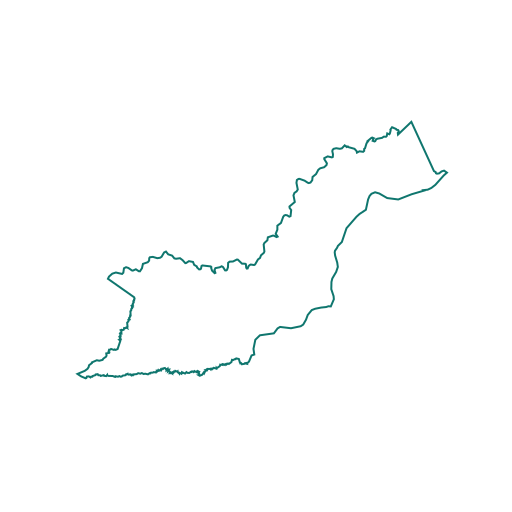 outline of Shushufindi, Sucumbios, Ecuador, rotated 305°
{"feature_id": "8360857B16712310561849", "entity_name": "Shushufindi", "entity_type": "district", "adm_level": 2, "iso_a3": "ECU", "parent_name": "Ecuador", "parent_adm1": "Sucumbios", "projection": "orthographic", "projection_center": [-76.553, -0.288], "detail": "fine", "context": "isolated", "style": "outline", "palette": "teal", "viewbox_px": 512, "rotation_deg": 305, "n_neighbors": 0, "source": "geoboundaries", "source_scale": "gbopen_adm2", "svg_char_len": 6090}
<svg xmlns="http://www.w3.org/2000/svg" viewBox="0 0 512 512"><g transform="rotate(305 256 256)"><path d="M455.0,306.3L436.9,302.7L438.2,301.5L439.8,301.5L440.5,300.8L440.7,300.0L440.0,298.7L440.4,297.8L439.5,293.6L436.6,293.6L436.0,294.3L433.1,295.4L432.2,295.4L431.7,293.2L429.3,294.3L428.3,294.1L427.0,292.2L425.1,291.5L421.7,288.2L420.5,287.5L418.5,287.8L417.8,287.4L417.3,285.5L418.6,285.3L419.0,284.6L420.0,284.9L419.7,283.3L419.0,282.8L414.2,281.5L414.2,282.0L411.7,281.9L406.8,283.5L405.7,283.2L404.2,284.3L402.8,284.0L401.1,280.7L398.6,279.4L399.6,278.3L400.3,275.2L398.2,269.3L398.4,268.6L397.4,267.9L397.8,267.3L397.3,266.7L397.5,265.2L393.4,264.6L391.9,263.2L390.3,259.9L388.3,258.1L387.0,257.9L385.7,258.3L383.5,260.7L381.2,262.1L380.3,261.6L378.7,257.6L375.3,255.8L374.5,256.4L372.6,260.9L370.9,261.6L367.8,260.9L364.7,258.3L362.4,257.6L357.5,258.2L353.2,257.0L350.3,258.6L347.4,258.5L346.0,257.4L345.7,256.3L345.6,252.6L344.2,247.5L343.5,246.6L341.7,245.9L339.1,247.2L334.4,252.1L332.2,252.2L329.8,251.3L327.2,251.9L322.5,256.8L315.8,255.0L314.7,255.9L313.8,258.5L308.5,261.4L307.3,260.7L307.2,258.2L306.5,256.7L305.4,255.9L303.7,255.8L297.4,257.5L293.1,256.1L289.8,258.4L285.5,259.4L284.3,262.6L283.3,262.0L282.9,259.0L282.4,258.1L278.1,255.0L275.4,256.3L271.5,255.4L269.8,255.7L264.5,260.3L263.1,260.6L259.4,259.7L256.7,260.4L254.3,259.6L248.5,260.1L247.5,259.6L246.0,256.6L245.1,256.1L243.6,255.7L241.0,256.3L240.4,255.6L240.8,254.7L243.5,252.4L243.4,251.5L241.7,248.9L242.6,243.2L242.2,242.4L238.3,240.3L236.2,237.6L234.4,237.1L230.7,239.5L228.0,240.2L227.0,239.8L226.5,238.9L228.0,235.4L227.9,233.8L225.9,232.7L222.8,229.7L220.8,230.0L218.9,232.4L218.2,232.0L218.8,228.4L220.5,226.1L221.3,225.8L221.5,224.9L217.5,217.5L216.6,217.1L214.1,218.2L213.3,218.1L212.4,217.1L212.8,214.3L213.5,213.5L213.3,210.4L215.0,207.8L213.3,204.0L210.2,202.8L209.6,202.2L210.5,198.2L210.6,195.0L207.9,192.1L207.2,190.5L208.2,187.1L207.0,183.1L208.0,179.7L206.2,178.7L201.2,179.1L199.5,178.4L197.6,176.4L196.1,172.0L194.1,169.8L193.0,169.8L190.9,171.1L188.8,170.9L184.7,167.9L180.6,169.6L176.9,169.7L176.3,168.8L176.2,165.2L173.4,163.5L173.0,162.7L173.0,158.3L172.3,156.0L170.2,154.9L166.2,156.9L164.5,156.6L162.1,150.7L159.1,148.4L154.8,147.4L152.4,147.8L152.3,179.9L151.3,181.1L150.5,181.0L149.5,181.8L148.6,181.4L147.7,182.5L146.5,182.3L145.6,183.0L144.7,182.8L144.6,183.4L143.9,182.9L143.6,184.2L142.8,183.8L142.1,184.5L141.0,184.2L139.8,185.0L138.7,184.8L135.4,187.4L135.1,187.0L134.0,187.7L132.4,187.6L131.8,188.5L131.1,188.2L131.1,188.8L130.2,188.4L129.2,189.0L127.5,188.7L124.3,191.4L123.5,190.9L123.1,191.6L123.0,190.9L122.0,190.5L121.4,189.3L119.8,189.9L118.6,189.1L118.4,188.1L117.7,187.7L117.6,188.4L115.9,189.8L115.6,189.4L115.3,189.9L114.9,189.1L114.3,189.1L114.1,190.0L112.6,191.1L112.2,190.4L111.6,190.4L111.7,191.4L110.7,191.6L110.4,192.7L109.4,192.2L109.6,192.9L108.8,192.8L108.8,193.5L100.4,196.0L98.6,194.9L98.4,193.8L97.6,193.5L96.7,190.6L95.5,190.2L95.0,189.4L93.2,190.0L93.1,191.1L92.5,191.3L90.3,189.2L88.7,190.7L87.5,190.9L84.3,189.8L82.9,189.9L80.3,187.7L79.3,185.4L74.7,182.6L74.2,183.0L70.7,181.9L69.1,182.6L66.9,182.7L63.7,181.6L57.0,177.4L57.1,181.9L58.1,186.6L58.7,187.0L60.2,186.6L61.5,188.1L61.6,190.1L62.7,190.2L63.3,191.2L64.1,191.1L66.3,192.8L67.0,192.6L68.4,194.1L67.9,195.2L68.9,196.8L68.7,197.6L71.1,199.6L70.7,200.3L71.7,202.2L73.2,202.3L72.8,202.7L73.3,204.2L75.5,207.4L76.0,209.6L76.3,210.1L76.9,209.9L78.0,212.2L79.3,213.0L79.4,214.2L80.2,215.1L81.5,215.4L83.5,217.5L84.6,217.5L84.6,217.8L85.8,218.4L85.5,218.7L85.9,220.0L86.9,220.7L86.7,222.3L87.2,222.3L87.5,223.2L88.0,222.9L88.4,223.8L88.9,223.7L90.8,226.0L92.4,226.7L93.3,228.8L94.6,229.6L94.9,231.7L96.0,232.7L97.1,235.4L98.0,235.6L99.0,236.6L99.3,236.3L100.2,236.9L101.3,238.4L102.2,238.8L103.2,240.8L103.8,240.6L104.3,241.1L105.0,240.6L105.1,241.3L106.2,241.3L105.9,241.8L106.3,241.5L106.8,242.0L106.4,242.4L107.8,243.6L108.2,243.4L108.1,243.9L109.8,243.7L110.0,244.2L110.7,243.5L110.4,244.2L112.0,245.6L111.5,247.3L112.3,247.8L111.7,248.1L112.9,248.3L112.3,248.8L112.6,249.2L112.1,249.1L112.6,249.7L111.9,249.6L112.4,250.1L111.3,250.4L112.0,250.7L111.8,251.6L111.1,252.5L111.3,253.1L110.8,253.0L111.3,253.7L111.7,253.5L111.7,254.2L112.1,253.7L113.2,254.4L113.1,255.3L114.3,255.0L114.6,255.8L115.6,255.7L116.1,257.9L116.6,258.0L115.9,258.8L115.8,260.3L116.3,260.0L116.0,260.5L116.4,260.4L116.7,262.2L117.1,261.9L117.8,262.7L118.4,262.2L119.0,265.3L121.0,265.6L120.9,266.8L122.0,268.5L123.7,269.0L124.0,269.8L124.7,269.7L125.4,270.8L125.2,271.4L126.3,271.6L126.1,272.3L127.4,273.5L126.9,274.0L127.6,274.6L128.4,274.4L128.5,275.8L127.1,275.6L127.2,276.6L126.7,277.4L126.1,277.7L125.5,277.2L125.6,278.6L127.8,280.0L130.6,280.0L130.2,280.8L132.8,280.4L133.3,280.8L133.5,280.2L134.1,281.1L134.5,280.5L135.4,280.8L135.3,281.4L136.0,281.5L137.2,283.3L137.1,284.0L137.8,283.8L138.1,284.9L138.9,284.7L139.5,285.6L140.2,285.6L141.0,288.2L141.7,287.8L141.6,288.2L145.0,289.5L146.3,289.1L146.3,289.6L148.3,290.6L148.5,291.1L148.0,291.4L148.9,292.2L148.7,292.5L150.3,293.3L149.8,293.9L151.9,294.7L152.0,295.7L155.0,296.7L157.2,295.9L157.6,296.9L159.9,298.1L159.9,298.5L160.8,298.6L161.8,301.0L159.5,303.9L159.7,304.6L159.1,304.9L159.6,305.7L159.2,306.5L161.0,308.3L161.6,308.3L162.4,310.2L162.8,309.4L164.0,310.6L165.6,310.8L172.0,309.4L174.3,311.1L178.5,307.2L187.0,303.5L193.3,304.7L202.9,315.0L209.1,315.2L211.7,316.4L216.9,326.1L224.1,332.9L226.9,334.0L232.5,333.5L237.4,332.2L243.7,332.7L246.7,334.7L251.1,338.9L254.4,342.7L256.4,344.2L257.6,346.2L265.2,344.6L267.6,342.6L272.0,336.7L278.0,332.7L281.3,331.4L288.9,330.8L294.0,329.3L297.2,326.3L301.7,320.6L304.1,318.4L305.6,317.7L309.3,317.7L311.2,317.3L316.7,318.3L330.7,314.2L345.8,315.8L349.8,316.7L356.9,319.5L366.6,315.4L370.3,314.6L373.2,314.9L376.5,317.0L377.9,321.1L378.7,330.2L383.9,340.1L395.9,348.1L405.9,356.1L406.0,355.4L408.8,358.6L412.3,360.6L417.1,362.1L429.7,363.6L433.8,364.6L433.8,361.1L431.7,359.5L428.7,358.6L427.2,357.0L427.0,356.0L427.8,355.0L427.6,353.1L455.0,306.3Z" fill="none" stroke="#0f766e" stroke-width="2"/></g></svg>